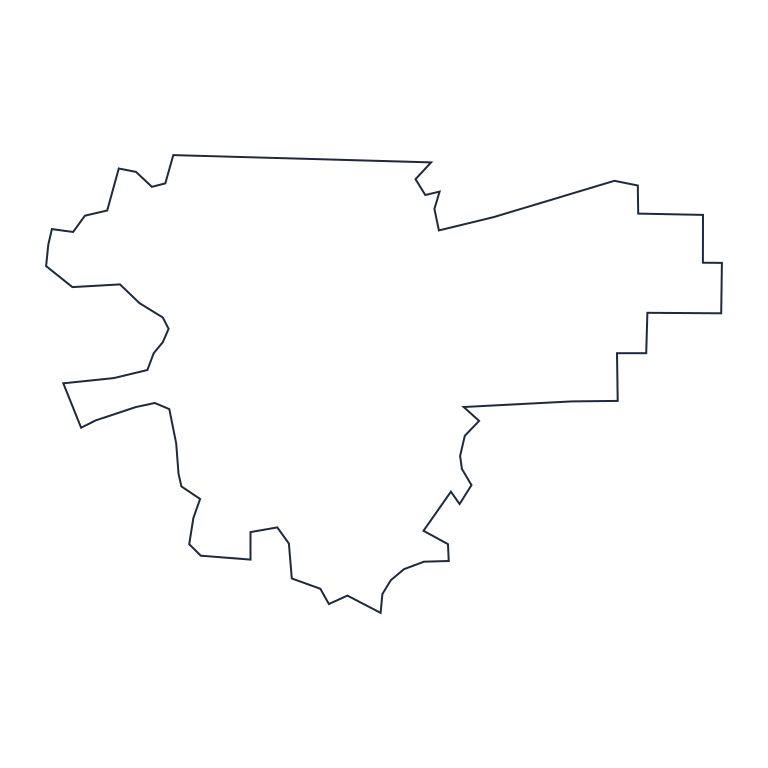 Vista Alegre do Prata, Rio Grande do Sul, Brazil (Robinson projection)
{"feature_id": "56859067B77404714418488", "entity_name": "Vista Alegre do Prata", "entity_type": "district", "adm_level": 2, "iso_a3": "BRA", "parent_name": "Brazil", "parent_adm1": "Rio Grande do Sul", "projection": "robinson", "projection_center": [-51.791, -28.831], "detail": "fine", "context": "isolated", "style": "outline", "palette": "slate", "viewbox_px": 768, "rotation_deg": 0, "n_neighbors": 0, "source": "geoboundaries", "source_scale": "gbopen_adm2", "svg_char_len": 1042}
<svg xmlns="http://www.w3.org/2000/svg" viewBox="0 0 768 768"><path d="M617.7,400.9L617.0,353.2L646.2,353.2L647.4,312.8L721.2,313.3L721.9,262.9L702.9,262.7L703.0,214.9L638.2,213.6L637.8,185.5L614.4,180.8L494.0,217.0L438.9,230.4L434.4,208.9L439.6,191.6L425.3,195.0L415.5,179.2L431.1,162.4L173.3,155.1L165.3,183.4L151.9,186.8L136.0,171.9L118.8,168.5L107.2,210.5L84.9,215.7L73.1,232.0L51.9,229.1L48.3,244.6L46.1,266.1L72.4,287.1L120.0,284.4L139.4,303.1L162.8,317.5L168.6,328.8L162.8,342.2L153.7,353.2L147.4,370.0L113.7,378.1L63.3,383.3L81.1,427.7L95.9,420.3L136.0,407.0L154.8,403.0L169.3,409.1L176.2,443.4L178.5,473.6L181.4,486.4L200.1,499.0L193.4,517.9L189.2,544.2L200.8,555.7L250.5,559.6L250.5,532.1L277.3,527.4L288.9,543.6L291.8,578.5L320.4,588.8L328.9,604.0L347.4,595.6L380.6,612.9L382.4,594.0L390.9,580.1L404.1,569.1L423.9,561.7L448.7,561.0L448.0,544.2L423.5,530.8L450.9,491.7L459.6,504.0L471.5,485.1L461.9,468.9L460.1,456.0L464.8,435.8L479.1,420.9L463.7,407.0L571.9,401.4L617.7,400.9Z" fill="none" stroke="#1e293b" stroke-width="2"/></svg>